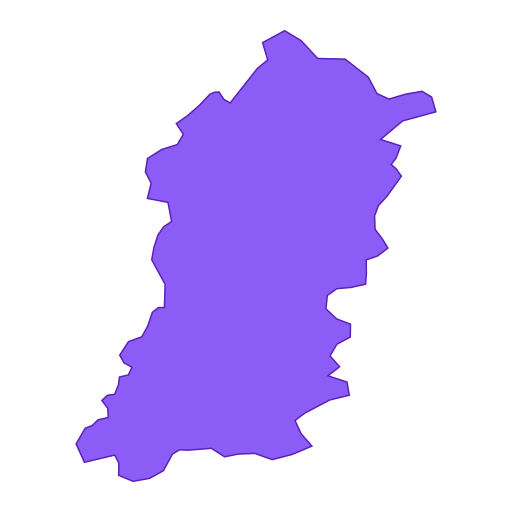 Shumen, Equal Earth projection
{"feature_id": "BGR-2258", "entity_name": "Shumen", "entity_type": "Province", "adm_level": 1, "iso_a3": "BGR", "parent_name": "Bulgaria", "parent_adm1": "", "projection": "equal_earth", "projection_center": [26.96, 43.305], "detail": "fine", "context": "isolated", "style": "filled", "palette": "violet", "viewbox_px": 512, "rotation_deg": 0, "n_neighbors": 0, "source": "natural_earth", "source_scale": "10m", "svg_char_len": 1417}
<svg xmlns="http://www.w3.org/2000/svg" viewBox="0 0 512 512"><path d="M84.4,462.3L76.1,443.9L85.2,428.2L92.1,425.6L98.1,419.8L108.3,417.5L107.7,408.2L101.9,400.5L107.4,395.3L114.7,394.3L118.4,385.0L119.5,377.0L128.4,374.9L131.9,367.3L124.0,362.8L119.7,355.2L128.5,341.6L141.8,336.8L147.6,326.3L152.4,312.3L158.4,307.6L164.4,307.5L165.1,284.3L151.7,259.7L154.0,247.3L158.0,234.8L163.7,226.7L171.6,221.5L168.0,202.4L147.4,198.4L151.2,183.2L145.4,171.9L147.5,158.5L161.8,149.4L177.3,144.6L183.3,134.3L176.3,123.5L187.0,116.1L199.3,105.4L209.7,94.4L214.2,92.3L219.0,92.0L223.7,99.2L230.1,103.0L257.4,68.4L267.7,59.9L262.6,42.6L284.6,30.7L301.2,40.7L317.7,58.5L345.1,59.1L368.4,77.3L377.0,93.6L389.0,99.1L405.4,94.2L422.0,91.3L431.6,97.0L435.9,111.8L402.6,120.9L380.5,139.5L400.7,145.9L396.1,158.1L391.2,164.5L396.1,168.8L401.4,176.2L386.7,196.6L378.4,205.6L374.6,215.8L375.1,229.4L382.3,238.8L387.9,248.1L377.7,255.9L366.2,259.9L366.4,273.6L365.6,284.2L351.3,287.4L336.8,288.7L327.4,295.4L325.9,308.8L336.8,319.0L350.5,324.2L350.3,337.0L336.8,344.3L330.0,355.9L339.6,366.7L328.0,375.8L347.0,382.1L349.3,395.2L329.7,400.0L304.7,413.2L295.0,420.5L301.2,433.9L311.9,446.1L292.3,454.4L272.2,459.6L254.7,453.4L238.2,454.1L224.5,456.8L211.4,448.3L187.8,450.2L179.5,449.8L172.4,454.2L163.4,470.7L149.4,478.4L133.1,481.3L118.6,475.3L118.9,463.2L114.7,455.1L84.4,462.3Z" fill="#8b5cf6" stroke="#5b21b6" stroke-width="1.5"/></svg>